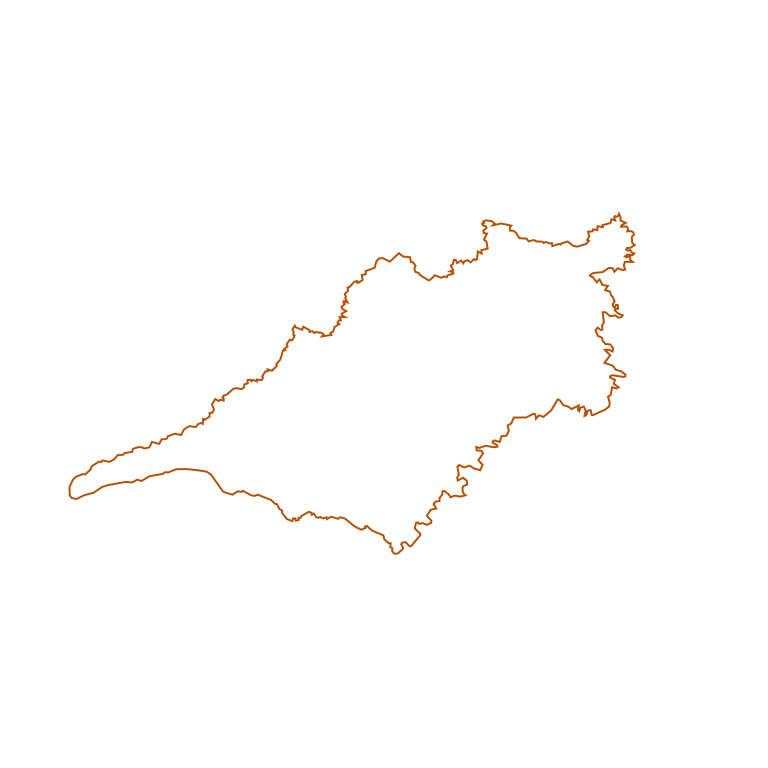 Phuthiatsana, Berea, Lesotho, rotated 126°
{"feature_id": "5366337B52577174059761", "entity_name": "Phuthiatsana", "entity_type": "district", "adm_level": 2, "iso_a3": "LSO", "parent_name": "Lesotho", "parent_adm1": "Berea", "projection": "albers", "projection_center": [27.866, -29.128], "detail": "fine", "context": "isolated", "style": "outline", "palette": "amber", "viewbox_px": 768, "rotation_deg": 126, "n_neighbors": 0, "source": "geoboundaries", "source_scale": "gbopen_adm2", "svg_char_len": 6154}
<svg xmlns="http://www.w3.org/2000/svg" viewBox="0 0 768 768"><g transform="rotate(126 384 384)"><path d="M659.7,569.9L658.1,565.4L650.1,561.1L642.9,555.2L632.6,551.3L627.7,547.5L615.3,535.7L611.5,529.7L606.5,527.5L605.0,523.2L596.3,519.4L587.0,510.4L583.9,509.1L582.3,506.5L575.4,502.3L569.2,494.3L562.2,482.1L559.2,475.9L558.9,470.9L565.6,451.2L564.8,447.6L562.6,441.5L556.8,439.2L555.0,435.8L553.4,435.5L552.2,426.2L550.6,422.9L547.8,421.2L544.2,407.2L544.9,401.6L544.1,400.0L546.5,395.5L546.3,391.9L548.3,390.5L550.3,383.5L549.4,379.2L548.7,377.5L546.3,378.6L545.0,376.7L546.5,375.1L544.3,373.1L542.5,374.5L541.5,373.0L539.6,373.3L531.6,369.7L530.8,367.0L532.1,365.5L530.1,364.7L531.6,360.6L531.0,358.6L529.0,357.5L528.6,354.3L525.6,352.2L526.9,350.8L522.5,348.8L519.9,341.8L517.5,341.1L515.8,336.1L516.5,324.1L515.3,316.9L511.4,314.4L510.4,315.5L508.9,314.5L509.6,307.4L506.8,295.6L509.5,292.4L510.0,287.0L508.9,284.9L512.2,283.2L511.9,280.9L514.5,279.1L515.2,275.7L513.0,273.2L506.8,271.8L505.0,272.6L503.5,275.9L501.6,276.0L499.3,273.6L500.2,267.8L499.2,266.7L484.8,265.8L483.9,266.7L482.7,274.3L477.5,276.4L476.0,275.3L476.6,273.2L474.0,271.4L472.7,266.5L468.5,264.2L466.7,265.4L465.5,271.9L458.3,272.3L454.0,268.5L452.0,273.3L449.0,273.3L446.1,270.3L443.6,272.0L439.4,271.9L436.3,273.6L435.1,272.3L435.2,267.0L436.5,263.5L432.9,261.4L430.2,256.0L426.1,252.7L425.5,256.4L421.7,259.6L419.7,259.7L416.5,257.6L413.6,260.3L413.4,264.9L418.7,267.6L416.8,269.7L413.6,270.0L407.7,276.0L405.4,275.6L404.4,270.1L399.7,266.7L399.5,261.8L397.2,255.5L391.4,256.7L390.2,262.9L381.9,263.1L380.7,265.9L383.2,270.0L380.8,272.3L379.6,269.3L374.0,265.3L371.1,258.7L368.0,255.4L366.9,256.7L367.6,261.4L366.8,262.4L364.5,261.2L362.9,256.3L357.2,258.3L353.8,254.5L348.5,255.5L344.9,259.6L341.2,257.9L334.8,259.2L327.4,249.2L320.0,245.5L319.7,243.8L322.8,240.6L318.2,240.2L317.1,235.8L307.3,233.2L294.3,234.4L293.8,232.1L295.7,226.7L293.9,221.1L294.1,217.6L287.0,213.8L291.0,211.9L291.3,210.2L287.7,211.2L284.8,209.1L286.9,205.3L292.0,203.0L290.4,202.1L286.1,203.4L284.6,202.6L283.8,201.2L287.0,197.7L286.3,196.6L274.9,190.1L269.8,188.6L266.5,190.4L262.6,195.3L259.6,194.2L252.5,197.6L251.0,193.3L248.7,192.2L248.8,198.2L244.8,199.7L246.0,204.7L245.0,205.7L242.6,204.4L237.5,194.3L235.8,193.3L234.5,194.3L234.4,199.6L236.2,205.0L234.7,209.6L237.3,218.1L227.8,217.9L226.5,225.3L224.3,222.8L223.3,218.2L220.4,219.8L219.0,224.2L221.5,228.4L220.5,232.6L218.4,234.8L219.4,239.2L216.4,244.4L212.9,244.3L212.9,240.0L211.5,239.3L208.5,242.0L204.8,242.4L197.4,249.3L195.7,246.7L196.3,240.9L192.5,237.2L192.6,233.4L190.5,231.3L188.2,231.2L189.3,236.5L188.7,240.8L187.5,241.2L185.5,238.8L182.8,241.3L183.5,242.8L186.6,242.2L186.7,243.8L185.1,245.8L181.7,246.0L179.1,250.1L178.9,252.2L176.4,255.6L178.1,260.2L173.1,260.6L175.5,265.5L172.7,271.1L176.8,271.7L174.7,277.9L175.6,280.4L174.9,281.4L171.2,279.9L165.0,272.9L157.9,270.3L156.0,267.0L157.7,263.6L152.9,262.9L151.5,257.8L149.8,256.1L147.0,259.7L143.5,260.9L139.1,254.6L138.7,258.0L135.6,260.0L139.1,262.3L139.1,264.1L136.2,263.2L133.6,258.6L131.3,258.3L132.0,260.8L131.0,263.6L132.9,265.3L132.9,267.1L131.1,267.4L129.2,264.9L124.2,262.8L124.0,266.1L119.4,270.0L116.2,269.5L114.9,271.6L115.0,273.8L117.5,276.9L115.2,277.4L113.9,280.2L117.4,284.6L116.1,285.2L111.6,283.2L112.7,288.9L110.1,290.4L108.3,293.9L110.1,293.3L111.8,293.8L112.4,295.8L113.9,295.8L115.7,293.1L117.0,296.7L120.6,295.4L127.1,300.6L128.4,299.2L130.9,304.0L134.1,301.8L135.9,305.7L137.9,305.0L140.8,308.4L144.2,304.5L148.1,304.3L147.7,302.4L151.5,302.6L159.0,308.1L161.0,311.8L160.8,319.2L166.1,323.2L167.6,323.2L167.8,324.8L173.5,328.8L171.3,331.0L173.0,332.6L174.0,336.7L176.1,337.7L175.8,339.5L178.9,344.3L179.5,347.4L183.6,350.9L182.6,354.1L186.4,360.1L183.9,366.6L184.1,369.6L185.8,372.2L183.3,374.3L181.0,374.1L185.4,383.6L191.6,389.2L189.1,388.8L188.9,392.6L191.7,397.7L194.3,399.3L195.2,397.6L196.6,398.7L197.5,397.4L196.5,393.8L197.8,392.7L201.4,393.9L203.3,392.0L201.8,389.1L208.5,388.0L208.6,384.9L213.5,379.7L218.5,383.9L221.1,381.6L221.6,386.0L228.3,382.2L230.0,382.9L230.1,384.6L234.6,385.4L234.8,389.4L237.6,391.1L239.8,390.7L238.8,394.1L243.2,395.9L241.4,398.9L242.5,400.4L246.4,398.8L249.1,399.5L251.0,395.0L254.1,396.7L252.8,393.8L254.0,392.8L258.9,396.5L260.7,395.9L261.7,398.7L264.4,400.1L266.2,406.8L272.5,407.8L274.0,409.1L274.7,418.9L273.8,420.8L274.8,424.6L272.9,427.2L269.7,428.1L268.5,432.1L269.5,433.8L266.1,437.4L269.6,443.4L269.4,448.8L281.6,451.2L282.9,459.0L285.4,461.9L289.4,462.2L295.6,459.9L303.3,465.2L305.9,463.3L308.9,466.0L312.4,462.4L317.2,464.2L317.8,465.2L316.4,466.0L318.8,468.2L325.5,468.8L327.3,470.1L329.6,467.9L334.4,468.6L336.0,465.9L337.5,465.7L339.4,461.5L340.6,465.3L342.1,464.6L342.3,462.7L346.6,463.7L347.7,461.9L347.3,457.4L352.1,459.6L353.1,458.1L352.8,454.9L356.0,459.2L357.8,456.3L359.3,457.9L361.9,457.5L361.9,455.4L366.9,457.5L371.6,455.9L374.2,457.4L375.2,455.4L382.0,462.2L379.3,462.0L379.2,464.5L382.4,470.0L383.7,470.3L383.4,473.2L385.7,474.8L384.3,476.2L385.1,482.9L388.3,482.0L390.1,489.0L389.3,490.4L393.6,490.1L395.2,487.4L397.4,486.5L397.4,484.8L401.7,484.0L403.1,484.3L403.5,486.3L409.2,486.1L410.4,484.0L414.2,485.4L414.8,483.7L416.3,485.4L425.2,482.2L431.1,482.9L432.3,481.3L439.2,482.5L440.6,486.8L441.9,485.4L443.6,487.4L449.3,487.0L450.1,485.6L452.7,485.2L455.1,489.4L456.6,488.3L457.6,492.2L459.7,492.8L458.8,494.2L461.1,496.7L463.5,494.7L466.5,496.7L468.8,495.4L471.6,496.0L474.2,501.0L476.5,503.1L484.8,504.9L487.8,506.9L490.0,506.7L490.0,505.1L491.6,504.0L493.3,507.4L495.1,507.8L495.3,511.7L501.6,511.2L504.6,506.5L507.9,505.8L509.9,508.1L512.8,506.0L518.3,507.9L518.5,509.8L522.7,507.2L523.2,509.2L525.8,510.9L529.3,510.9L532.7,516.9L538.4,519.1L544.5,518.2L547.4,524.2L553.5,528.2L555.3,527.4L557.1,528.4L559.5,531.4L564.6,530.6L567.2,537.7L573.2,536.6L577.2,540.2L577.3,542.4L579.7,545.9L584.2,549.0L586.9,547.9L592.5,553.3L594.7,553.5L597.9,557.6L603.5,558.0L608.5,560.5L611.3,566.8L613.3,566.8L614.3,568.9L622.1,572.1L625.9,571.2L632.7,572.5L633.9,574.7L640.4,578.8L644.5,579.4L652.2,577.9L658.9,572.7L659.7,569.9Z" fill="none" stroke="#b45309" stroke-width="2"/></g></svg>